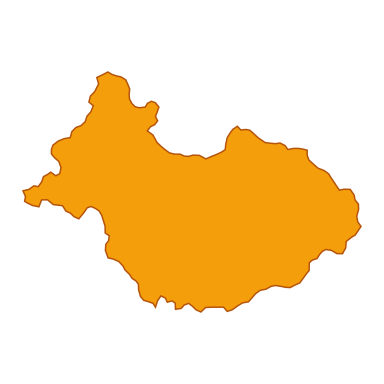 Rio Espera, Minas Gerais, Brazil (Albers equal-area conic projection)
{"feature_id": "56859067B5369977360361", "entity_name": "Rio Espera", "entity_type": "district", "adm_level": 2, "iso_a3": "BRA", "parent_name": "Brazil", "parent_adm1": "Minas Gerais", "projection": "albers", "projection_center": [-43.501, -20.858], "detail": "fine", "context": "isolated", "style": "filled", "palette": "amber", "viewbox_px": 384, "rotation_deg": 0, "n_neighbors": 0, "source": "geoboundaries", "source_scale": "gbopen_adm2", "svg_char_len": 2493}
<svg xmlns="http://www.w3.org/2000/svg" viewBox="0 0 384 384"><path d="M227.2,311.4L232.2,309.8L237.3,306.1L242.5,302.9L248.5,301.8L251.9,298.0L255.3,293.9L260.2,290.3L265.9,289.2L271.2,286.3L275.5,285.5L280.6,286.3L285.6,287.3L290.2,287.6L294.7,285.2L299.8,282.9L303.3,278.1L306.1,274.2L309.1,270.5L309.3,262.7L312.5,260.0L317.0,258.6L319.4,254.7L322.4,251.3L326.0,249.5L331.4,250.4L336.9,253.6L342.5,253.7L345.7,247.9L346.2,241.5L351.3,237.4L355.2,235.1L358.0,230.9L361.0,226.4L357.8,222.0L356.7,216.3L358.6,209.4L358.4,204.1L355.1,200.0L354.1,195.0L350.2,189.4L344.3,189.2L339.4,190.1L336.3,185.7L333.5,181.4L331.0,177.7L328.6,173.8L324.2,170.6L317.9,168.1L313.0,163.8L308.9,160.0L307.2,155.4L307.2,150.2L302.5,149.0L298.1,148.4L293.5,148.4L287.9,149.5L285.1,145.6L280.0,143.0L275.5,143.7L271.3,143.3L265.2,142.6L258.4,138.0L253.6,133.6L249.8,130.2L245.7,129.5L240.8,130.0L237.4,126.3L232.9,129.3L230.3,132.7L227.3,137.5L225.8,144.0L225.2,149.7L221.2,152.3L216.0,154.7L211.8,156.3L205.9,158.9L199.4,155.4L193.2,155.1L188.5,156.4L184.3,156.1L180.2,154.2L174.4,154.1L169.5,152.9L165.4,149.9L161.0,146.3L157.0,142.4L152.9,135.0L147.3,130.9L150.5,126.7L154.7,124.7L157.6,120.8L155.5,116.5L157.0,112.5L158.9,107.1L155.3,102.7L151.4,101.3L147.5,103.3L145.2,107.1L139.0,107.8L134.9,106.6L131.7,103.3L129.5,98.9L129.1,94.7L129.7,89.1L127.8,84.3L125.7,79.8L121.2,77.0L116.4,75.9L111.7,74.3L107.9,72.0L102.1,75.0L96.8,77.5L98.6,83.9L94.8,91.5L90.4,96.1L88.9,102.1L93.3,105.7L90.8,111.9L87.0,116.2L85.2,121.7L80.9,125.7L75.9,127.5L71.9,131.6L70.2,137.6L64.0,138.7L58.0,141.2L52.9,145.2L51.4,149.7L51.4,153.9L54.6,157.8L58.8,161.4L61.0,167.6L59.8,173.6L55.8,175.8L50.7,172.2L47.3,174.6L43.5,176.6L41.7,181.8L38.3,186.6L33.8,185.9L28.9,189.4L23.0,190.8L25.5,196.6L24.6,201.3L28.1,203.4L32.6,205.5L38.9,206.8L41.6,199.9L47.5,199.8L53.3,204.6L62.5,205.7L66.0,211.2L70.5,213.2L73.9,216.6L78.8,218.8L83.9,212.6L87.3,207.7L91.2,206.5L95.3,208.4L99.1,210.9L101.7,215.3L103.3,220.3L105.1,226.3L105.2,233.0L109.2,235.7L108.6,240.7L105.8,244.4L105.4,250.4L108.1,257.9L113.3,259.1L118.9,261.6L122.9,265.9L125.1,270.1L129.4,274.2L132.2,278.5L135.8,280.8L138.4,284.1L138.6,289.8L140.5,296.5L143.7,300.3L148.7,301.8L153.0,303.3L155.5,307.2L157.5,300.9L160.9,295.9L165.3,298.0L167.3,302.2L172.0,300.9L175.2,303.1L175.5,309.3L181.2,308.4L184.2,305.0L188.7,303.4L192.5,306.3L196.0,309.8L200.9,312.0L205.6,307.5L212.0,307.2L218.0,307.2L223.6,307.2L227.2,311.4Z" fill="#f59e0b" stroke="#b45309" stroke-width="1.5"/></svg>